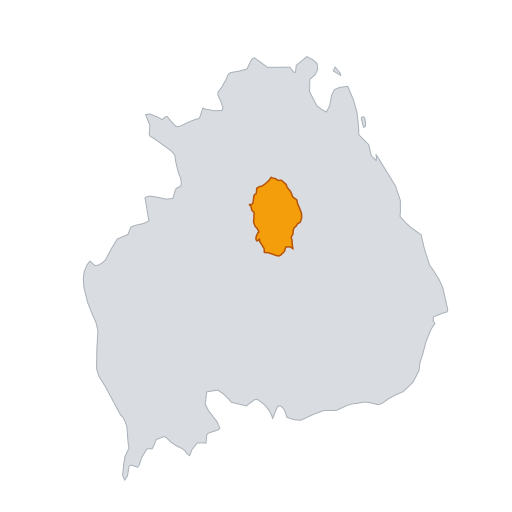 Kâmpóng Chhnang highlighted on a map of Cambodia, rotated 169°
{"feature_id": "KHM-1785", "entity_name": "Kâmpóng Chhnang", "entity_type": "Province", "adm_level": 1, "iso_a3": "KHM", "parent_name": "Cambodia", "parent_adm1": "", "projection": "equal_earth", "projection_center": [104.594, 12.169], "detail": "fine", "context": "in_parent", "style": "filled", "palette": "amber", "viewbox_px": 512, "rotation_deg": 169, "n_neighbors": 0, "source": "natural_earth", "source_scale": "10m", "svg_char_len": 4617}
<svg xmlns="http://www.w3.org/2000/svg" viewBox="0 0 512 512"><g transform="rotate(169 256 256)"><path d="M427.7,61.1L428.8,66.1L426.0,75.5L423.0,84.0L417.4,91.5L417.2,97.0L415.3,113.4L416.1,118.6L417.4,123.1L419.2,125.5L424.2,141.6L428.7,156.2L433.2,168.2L434.0,175.8L430.0,195.0L425.4,212.7L425.8,221.5L427.9,230.4L430.1,242.2L431.0,257.2L429.8,267.0L427.7,273.2L423.7,279.4L420.1,282.6L415.8,277.3L412.4,277.1L407.9,278.7L404.3,281.1L397.0,290.3L388.9,299.2L377.7,301.5L373.4,308.2L368.7,309.1L359.9,309.4L354.1,311.0L354.4,314.3L353.9,330.1L354.0,333.8L353.1,334.7L349.1,335.2L342.3,332.8L333.1,328.9L326.6,328.3L323.2,335.1L321.2,337.8L318.7,338.2L316.1,339.5L315.3,342.5L315.1,346.4L316.3,352.9L316.8,363.4L316.5,370.5L318.9,375.0L333.0,390.1L337.2,393.9L337.6,396.1L335.2,404.4L337.4,415.9L333.0,415.7L325.6,410.8L322.1,407.7L317.9,410.1L316.4,409.7L313.5,404.0L309.7,398.2L305.8,397.8L297.6,400.1L289.3,401.7L286.1,401.7L284.8,402.7L279.9,411.4L277.9,409.9L269.4,406.6L261.7,405.3L260.1,407.6L261.1,414.6L262.8,421.5L261.8,424.4L257.5,428.1L252.0,434.6L248.5,439.7L246.1,440.9L237.6,440.7L229.1,441.3L225.7,446.1L222.6,449.9L219.8,450.9L208.7,439.0L186.7,434.9L184.3,429.7L182.2,428.7L180.1,435.5L168.0,442.0L163.0,438.0L159.3,433.3L159.8,427.4L163.3,422.7L169.4,419.2L172.1,407.3L167.6,391.9L163.6,387.4L159.4,383.9L154.9,389.6L151.1,399.4L147.2,404.4L141.7,405.5L133.6,405.1L130.5,390.5L129.5,378.0L130.6,363.8L131.9,355.3L124.1,343.7L123.7,332.6L120.0,326.9L118.9,329.8L119.0,332.9L117.9,330.6L105.7,298.1L103.7,283.0L105.9,271.4L107.1,267.5L103.6,261.4L98.6,254.5L89.9,245.4L89.3,231.0L87.4,214.1L84.8,208.4L80.8,198.0L78.7,189.3L78.0,166.5L79.1,164.7L85.3,164.0L93.3,162.4L94.6,158.7L93.2,155.7L98.3,150.5L105.6,139.2L111.3,127.4L115.4,119.9L117.8,112.5L126.1,102.0L137.4,94.8L145.1,93.1L153.1,90.6L160.7,87.1L164.4,86.8L173.9,91.0L179.0,92.1L184.4,92.0L190.0,92.5L194.9,92.0L206.5,89.1L218.9,91.4L229.9,89.6L243.6,86.2L250.3,88.3L256.4,91.7L257.3,98.7L258.7,101.8L260.7,104.3L263.4,104.3L266.9,99.4L269.8,94.5L270.8,93.5L270.9,96.0L272.4,101.4L275.0,106.7L277.6,110.3L282.0,115.0L284.9,115.2L294.2,110.7L308.2,117.2L309.9,120.4L314.4,127.0L319.3,131.7L330.3,132.0L334.1,120.4L332.2,113.4L326.0,101.1L324.3,93.8L326.2,92.6L336.8,91.2L338.5,89.8L340.8,81.8L343.7,82.7L349.5,83.7L355.7,78.3L359.3,72.6L361.3,75.2L363.5,79.2L365.9,81.5L370.4,84.9L375.3,89.8L378.4,94.5L380.8,96.4L387.1,95.1L388.8,95.2L392.4,89.5L394.9,86.4L397.1,87.3L400.2,87.2L406.8,79.8L410.5,73.1L412.5,71.3L418.4,74.6L420.7,74.0L424.1,64.7L427.7,61.1ZM126.4,371.3L125.2,372.2L124.1,372.1L122.9,370.8L123.0,365.6L123.9,362.4L125.9,361.8L126.4,371.3ZM144.8,422.9L142.3,426.4L138.4,419.2L138.4,417.1L144.8,422.9Z" fill="#d9dde1" stroke="#a8b0b8" stroke-width="1"/><path d="M204.5,296.5L203.2,289.6L203.7,285.9L204.0,284.5L205.9,281.1L206.1,280.8L206.3,280.7L206.7,280.5L208.7,279.9L209.0,279.7L209.4,279.4L210.5,278.1L211.0,277.6L211.5,277.4L211.8,277.3L212.1,277.1L213.3,276.1L213.8,275.5L214.2,275.0L214.3,274.7L214.7,273.6L215.3,271.2L215.7,270.4L217.6,268.0L217.9,267.4L218.0,266.9L217.6,265.3L217.7,264.1L218.2,260.8L218.2,259.9L218.4,256.2L220.4,258.1L221.2,258.5L222.3,258.8L225.1,259.1L226.2,257.1L226.5,256.5L226.7,255.8L226.8,255.6L227.2,255.2L228.5,254.1L229.6,253.5L230.6,252.8L231.7,252.1L233.2,251.7L233.6,251.7L236.1,252.6L243.1,256.8L247.1,257.9L246.7,260.8L246.6,261.6L247.0,262.7L247.4,263.8L247.8,265.1L249.4,268.8L249.6,269.4L249.6,270.0L249.4,272.0L249.6,272.0L249.7,271.9L251.4,270.7L252.1,270.7L252.3,270.7L252.5,271.0L252.8,272.2L252.8,272.5L252.8,273.0L252.4,274.2L252.1,274.9L251.7,275.7L249.8,278.4L248.6,279.0L248.9,280.8L249.1,281.3L249.9,283.5L251.0,284.9L251.8,288.6L251.9,289.9L251.8,290.3L250.7,293.9L250.2,296.5L249.6,298.4L249.6,298.9L249.7,299.3L250.2,299.9L251.2,301.4L251.3,301.8L251.4,302.3L251.5,306.0L251.6,306.4L251.6,306.6L252.2,306.8L252.6,307.2L252.6,307.5L252.5,307.8L252.2,307.8L250.5,307.4L250.2,307.5L249.9,307.6L249.6,307.8L249.3,308.1L249.0,308.5L248.5,309.6L246.3,316.1L245.2,316.7L244.2,317.0L243.9,317.4L242.9,320.0L242.4,322.4L241.0,322.8L239.8,323.5L239.5,323.5L239.0,323.5L238.5,323.5L237.3,323.5L236.6,323.6L233.5,324.9L228.7,327.8L226.7,329.9L226.3,330.2L226.0,330.3L225.7,329.9L224.8,329.3L222.4,328.4L222.2,328.2L220.3,326.4L219.5,325.9L217.0,325.6L216.3,325.2L215.7,324.3L212.9,320.8L212.7,320.4L212.6,320.0L212.5,318.3L212.4,317.6L209.9,313.0L209.5,311.6L209.1,309.7L208.9,307.9L208.3,306.6L208.2,306.4L207.9,306.0L206.2,304.5L205.7,303.9L205.3,303.4L205.3,303.1L205.2,302.4L205.2,300.1L205.1,299.0L204.5,296.5Z" fill="#f59e0b" stroke="#b45309" stroke-width="1.5"/></g></svg>